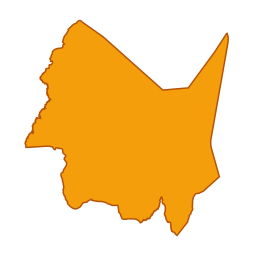 outline of Chilubi, Northern, Zambia, rotated 178°
{"feature_id": "96606910B6838055437947", "entity_name": "Chilubi", "entity_type": "district", "adm_level": 2, "iso_a3": "ZMB", "parent_name": "Zambia", "parent_adm1": "Northern", "projection": "natural_earth1", "projection_center": [30.483, -11.09], "detail": "fine", "context": "isolated", "style": "filled", "palette": "amber", "viewbox_px": 256, "rotation_deg": 178, "n_neighbors": 0, "source": "geoboundaries", "source_scale": "gbopen_adm2", "svg_char_len": 5777}
<svg xmlns="http://www.w3.org/2000/svg" viewBox="0 0 256 256"><g transform="rotate(178 128 128)"><path d="M25.6,219.1L26.1,219.0L38.9,200.7L66.3,166.0L91.9,164.7L149.6,219.9L170.0,235.4L171.3,236.7L172.3,237.1L173.0,237.1L175.0,235.9L175.3,235.2L176.1,234.5L177.9,233.9L179.9,232.7L181.7,230.9L182.9,230.0L183.4,229.3L184.4,228.7L184.1,227.8L184.1,227.4L185.0,226.4L186.0,224.7L188.5,221.7L189.1,220.2L190.4,216.2L189.7,215.7L188.7,214.1L189.6,213.9L190.0,213.5L190.1,212.9L190.1,212.0L190.6,210.7L192.1,210.2L195.3,210.0L197.8,209.3L198.5,209.0L200.0,207.8L200.8,207.0L201.1,204.9L202.3,202.7L202.7,201.1L203.7,199.9L203.0,198.9L203.0,197.3L201.3,197.4L201.1,197.1L201.1,196.1L201.8,194.7L202.2,194.1L202.6,193.9L204.0,194.0L204.6,193.6L204.7,193.2L204.6,191.7L204.7,190.6L205.0,190.4L206.5,190.4L207.7,190.1L208.1,189.2L208.2,188.2L208.6,187.2L210.4,186.1L210.6,185.3L211.6,185.1L212.4,183.5L214.0,181.8L214.0,181.4L213.6,181.3L213.4,181.0L213.6,180.6L214.0,180.2L213.7,179.4L212.7,178.8L212.4,178.2L212.2,178.1L211.9,178.3L211.9,177.7L211.6,177.3L211.6,176.7L211.0,176.3L210.6,176.4L210.2,176.3L209.9,175.8L209.2,175.5L209.2,175.2L208.6,175.6L208.3,175.1L208.0,175.2L207.6,175.0L207.6,174.6L207.0,174.5L207.2,173.6L206.9,173.6L206.5,173.1L206.9,172.3L206.4,171.1L206.6,170.5L207.1,170.9L207.8,169.8L207.3,169.0L207.2,168.1L207.4,167.8L207.7,167.8L207.9,167.1L207.5,166.2L208.0,165.1L207.2,164.9L207.4,163.6L206.5,163.4L206.6,162.9L206.4,162.5L206.6,161.9L206.2,161.0L205.5,160.5L205.4,159.9L205.0,159.8L204.4,159.1L204.9,159.0L205.1,159.1L205.3,158.8L205.5,158.9L205.5,158.6L206.0,158.3L205.9,157.9L206.2,158.0L206.3,157.3L207.1,157.4L207.6,157.1L207.6,156.5L207.8,156.3L208.0,156.3L207.9,156.1L208.4,155.9L208.7,155.2L208.7,154.7L209.0,154.2L209.3,154.4L209.9,154.3L210.0,152.6L210.5,152.1L210.3,151.7L210.7,151.4L210.6,150.8L210.3,150.6L210.8,150.6L211.0,149.7L211.4,149.5L212.0,150.1L212.6,149.8L213.1,149.8L213.2,149.6L213.2,149.2L213.5,148.9L213.7,149.1L213.9,148.9L214.0,148.5L214.2,148.4L214.2,148.2L214.5,147.8L214.5,147.5L214.7,147.2L215.1,147.3L215.5,146.8L215.8,146.3L215.9,145.2L216.2,144.7L215.8,144.0L216.1,144.0L216.1,143.6L216.5,143.6L216.5,142.6L216.1,142.4L215.7,142.6L215.1,142.2L215.1,141.0L215.3,141.2L215.7,141.1L216.2,140.8L217.3,141.0L217.9,140.9L218.0,141.1L218.3,141.1L218.3,141.4L218.4,141.5L218.8,141.5L218.8,141.3L219.4,140.8L219.4,140.1L219.9,139.8L219.8,139.4L220.3,139.0L220.1,138.4L220.6,137.9L220.2,137.4L220.2,136.8L220.7,136.6L221.0,136.1L221.6,136.2L222.1,135.7L222.1,135.4L222.3,134.9L222.8,135.0L222.9,134.8L222.7,133.8L223.1,133.2L223.5,133.2L223.5,132.6L223.1,131.8L223.3,131.1L223.1,130.1L223.5,129.7L223.5,129.3L223.7,128.6L224.2,128.0L223.8,127.7L223.7,127.4L223.0,127.3L222.7,127.6L222.6,126.9L223.4,125.9L223.6,126.1L223.8,126.5L224.5,126.8L225.1,126.7L225.6,126.1L225.7,126.3L226.1,126.1L226.9,125.1L227.7,124.3L227.9,123.3L228.7,122.4L228.7,122.0L228.4,121.8L228.3,121.5L228.6,121.4L229.0,121.6L229.8,121.0L229.9,120.7L229.9,119.9L230.1,119.1L230.5,118.7L230.3,118.4L230.3,117.9L231.1,117.5L231.3,116.1L230.8,114.5L230.7,112.3L229.8,112.1L208.2,112.7L204.4,111.8L203.7,111.1L202.9,109.6L202.3,109.0L201.6,109.0L201.3,109.3L200.7,110.7L200.4,110.8L199.6,110.7L197.5,109.9L196.1,109.9L194.5,109.2L194.1,108.3L193.8,105.2L191.6,103.1L191.2,102.4L191.3,101.6L192.5,100.6L192.5,100.0L192.8,99.6L192.9,99.1L191.8,97.3L190.7,96.0L190.5,95.4L190.7,94.6L190.6,93.9L191.4,92.0L193.9,88.4L194.2,87.1L194.7,86.0L195.1,85.7L196.2,85.2L196.6,84.3L196.6,82.6L195.9,80.4L195.3,79.1L195.4,78.0L195.2,76.8L194.7,75.6L194.7,74.3L194.2,71.4L194.4,70.1L195.1,68.6L194.8,67.2L195.0,65.6L194.4,63.3L193.9,62.8L193.9,62.4L193.4,61.9L193.2,61.1L193.0,59.4L192.2,57.9L191.0,56.7L191.0,56.2L191.3,55.7L190.6,53.9L188.4,51.6L186.6,50.1L184.3,49.1L182.8,49.0L181.6,49.2L178.5,50.9L175.5,54.9L172.5,55.2L171.5,55.5L170.2,56.6L169.0,57.3L166.9,58.0L166.8,57.1L162.5,56.0L158.9,55.5L157.2,55.6L152.6,54.2L151.0,53.1L148.9,52.4L147.0,51.3L145.1,51.1L141.0,51.1L140.5,49.5L140.2,44.4L138.6,42.1L138.0,39.8L137.0,37.5L135.4,36.9L133.1,36.9L131.3,37.2L128.1,37.1L125.8,37.0L123.1,36.6L120.7,35.1L119.0,32.9L117.6,33.3L115.8,35.7L115.3,35.1L114.8,35.5L114.4,35.3L113.8,35.5L113.7,35.3L113.5,35.5L113.1,35.3L112.2,36.0L112.2,36.7L111.8,37.1L111.4,37.1L111.0,36.7L110.6,36.7L110.4,36.5L109.4,36.7L109.1,37.8L108.7,38.3L108.6,38.9L107.9,39.6L107.5,39.5L106.9,40.2L107.0,40.5L106.7,40.7L106.8,41.3L106.4,41.2L106.0,41.7L105.3,43.2L104.9,43.3L104.7,44.0L104.5,44.3L104.0,44.1L103.1,44.4L102.6,45.3L102.3,45.3L102.1,45.7L101.3,46.1L101.1,46.0L100.9,46.4L100.6,46.3L100.4,47.3L100.2,47.4L100.1,47.8L99.7,48.3L99.7,48.8L99.2,49.2L99.1,50.0L99.4,50.6L98.9,51.7L98.4,53.6L98.5,54.1L98.8,54.4L98.6,55.3L97.9,55.7L97.7,56.5L97.4,56.9L97.4,57.3L97.0,57.6L97.0,57.9L96.7,57.9L96.3,56.9L96.4,56.1L95.9,55.0L96.0,54.4L96.4,53.9L96.2,52.0L95.6,51.0L94.5,50.7L94.5,50.1L93.9,49.3L93.6,48.4L93.7,48.0L93.4,47.2L93.6,44.5L93.5,44.1L93.9,43.4L93.8,43.0L94.3,42.3L94.3,41.7L94.6,41.0L94.6,40.2L94.4,39.8L93.9,39.5L93.9,38.9L93.6,38.5L93.7,38.2L93.2,36.8L93.2,35.5L91.8,33.0L91.8,32.7L91.3,32.4L91.1,32.5L90.7,32.3L90.0,32.5L89.4,32.4L88.9,31.9L88.9,31.5L88.5,30.7L88.6,30.0L88.8,29.7L88.4,28.8L88.6,28.6L88.5,27.7L88.7,27.4L88.3,26.5L88.5,25.9L88.3,24.9L88.1,24.7L88.1,24.1L87.6,23.8L87.7,23.2L87.3,23.1L87.0,22.6L85.9,22.4L85.1,21.8L84.8,21.1L84.0,20.0L82.7,18.9L71.7,32.0L71.9,32.3L70.6,35.2L70.6,36.0L70.0,37.0L69.9,38.0L69.7,38.7L68.3,39.9L67.8,41.9L66.8,43.2L66.3,44.3L66.2,45.6L66.5,46.3L66.3,47.4L66.5,48.0L66.3,48.4L66.3,49.3L66.1,50.0L66.0,53.1L65.6,54.4L65.2,56.3L64.5,57.6L63.9,58.1L63.4,59.3L62.0,60.1L59.7,60.2L55.0,62.2L38.4,76.1L45.5,105.3L45.9,108.9L45.8,112.5L25.3,209.0L24.9,211.6L24.7,215.4L25.6,219.1Z" fill="#f59e0b" stroke="#b45309" stroke-width="1.5"/></g></svg>